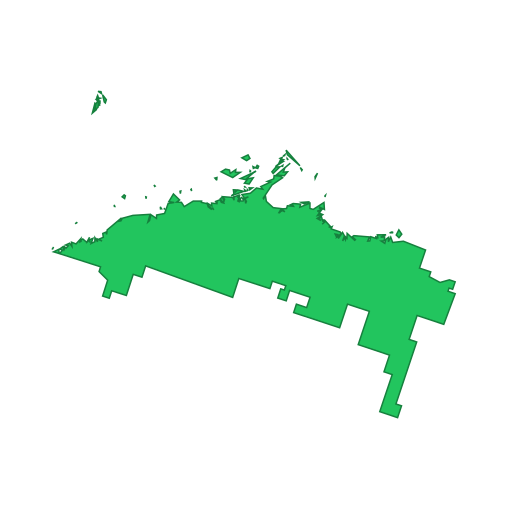 Karratha, Western Australia, Australia, rotated 18°
{"feature_id": "25037944B65347816419811", "entity_name": "Karratha", "entity_type": "district", "adm_level": 2, "iso_a3": "AUS", "parent_name": "Australia", "parent_adm1": "Western Australia", "projection": "orthographic", "projection_center": [116.53, -21.039], "detail": "fine", "context": "isolated", "style": "filled", "palette": "green", "viewbox_px": 512, "rotation_deg": 18, "n_neighbors": 0, "source": "geoboundaries", "source_scale": "gbopen_adm2", "svg_char_len": 6110}
<svg xmlns="http://www.w3.org/2000/svg" viewBox="0 0 512 512"><g transform="rotate(18 256 256)"><path d="M434.8,353.5L435.4,288.1L427.4,288.0L427.6,262.8L455.7,263.0L457.1,230.3L449.5,230.2L449.5,226.9L453.3,226.9L453.4,219.0L447.3,218.9L439.2,224.3L427.1,222.1L427.1,217.1L415.2,217.0L415.4,197.9L391.6,196.4L381.8,200.9L378.3,196.4L377.5,201.6L376.3,197.3L374.4,199.9L374.6,204.2L370.5,203.1L373.2,202.0L372.5,198.2L368.7,199.6L373.1,195.6L364.8,198.4L366.1,200.8L364.0,200.7L364.3,201.7L365.5,201.6L365.5,202.2L359.2,202.2L359.6,206.5L357.6,207.3L358.0,202.8L342.8,206.4L341.6,207.9L345.5,209.7L345.0,210.6L335.7,206.3L337.0,211.0L334.7,209.8L334.3,211.1L336.0,210.8L336.1,212.8L334.9,211.2L333.7,214.9L333.9,209.5L331.0,206.8L328.9,214.0L328.9,211.5L327.1,213.2L327.5,210.7L326.3,212.6L324.5,210.7L327.3,210.3L328.5,210.9L330.1,208.3L328.6,207.1L319.1,207.0L319.3,204.6L318.2,205.7L316.1,205.9L318.2,205.2L310.1,200.6L308.4,201.0L311.0,202.2L309.1,205.3L310.7,202.4L308.8,202.3L305.9,198.2L304.5,201.0L306.7,202.3L302.5,201.4L306.7,196.0L303.0,195.6L304.3,197.0L301.9,198.5L303.9,192.5L302.7,193.6L300.3,194.5L303.9,191.7L301.5,190.9L301.6,189.9L306.7,190.6L304.1,184.1L296.0,194.0L292.6,194.1L291.0,189.1L282.6,196.1L282.4,192.9L275.1,194.6L273.2,196.4L275.3,196.2L276.4,197.2L270.3,198.5L270.4,201.4L265.9,203.3L269.8,205.1L266.0,204.4L266.6,206.1L266.1,205.3L265.0,207.6L264.4,207.7L265.5,203.1L257.4,204.7L249.0,200.9L246.4,195.9L245.5,199.2L245.0,198.7L249.3,183.4L257.1,173.4L254.4,172.7L248.4,173.9L249.0,177.2L243.8,181.5L247.0,181.2L239.1,188.5L241.8,190.4L235.4,191.2L231.3,198.0L223.6,201.9L227.2,204.6L230.5,202.0L227.1,205.6L228.2,205.4L230.0,207.0L229.9,209.2L228.1,205.5L227.2,205.9L223.5,204.6L226.7,206.2L226.7,207.7L224.2,208.5L223.1,205.2L223.2,209.6L221.7,209.3L221.8,202.8L220.8,206.5L220.7,203.5L217.3,206.3L216.0,206.6L216.7,206.7L218.0,209.7L215.8,207.5L205.8,209.9L208.6,211.7L208.6,213.6L205.9,210.4L204.3,212.5L204.9,213.4L205.8,213.6L207.1,214.9L207.8,214.6L208.9,215.6L206.5,215.7L204.4,213.6L200.7,216.6L201.8,217.4L202.0,216.7L202.4,216.8L202.7,218.3L197.4,219.4L198.5,222.0L193.8,220.9L195.4,223.4L196.0,223.3L197.2,223.5L199.0,225.1L199.4,224.1L200.1,223.8L201.6,225.2L200.1,224.0L199.0,225.3L195.4,224.1L193.4,221.3L187.5,221.9L187.3,220.6L179.3,223.2L172.5,231.2L168.5,228.0L163.8,229.3L166.0,226.3L158.3,222.5L156.3,231.2L161.7,230.4L156.2,233.2L155.9,243.8L148.8,247.7L149.7,251.0L143.3,249.2L143.8,255.3L142.7,257.2L142.4,249.1L126.4,255.4L117.2,261.4L116.7,264.3L114.9,265.3L116.3,261.3L106.4,277.2L107.3,281.6L105.8,279.7L103.3,281.9L105.0,285.4L101.3,288.6L105.0,289.4L99.7,288.8L100.9,291.5L97.2,288.4L98.3,292.2L95.3,295.1L95.5,289.6L92.7,291.9L94.0,294.6L92.8,292.5L91.4,294.4L91.9,289.6L90.8,295.3L86.0,293.3L84.6,294.9L85.1,296.0L84.3,296.9L84.0,293.7L81.1,300.1L76.3,299.9L78.0,303.8L74.8,301.4L71.5,304.4L74.3,304.3L73.0,307.1L70.1,306.1L71.7,307.7L71.5,309.4L69.5,306.8L67.1,310.1L70.2,310.2L68.4,314.5L111.5,314.3L111.6,319.3L122.4,324.8L122.5,341.5L129.5,341.5L129.5,333.7L144.9,333.6L144.9,311.4L154.1,311.4L154.1,299.5L246.6,302.6L246.6,282.7L279.3,282.7L279.3,274.9L293.5,275.0L293.5,279.6L289.7,279.6L289.7,289.3L298.6,289.3L298.6,278.4L320.2,278.5L320.1,289.4L309.3,289.3L309.3,298.2L357.7,298.4L357.9,273.5L380.9,273.6L380.6,308.7L413.6,309.0L413.5,326.6L422.2,326.7L421.8,365.8L440.6,366.0L440.7,353.5L434.8,353.5ZM259.9,157.1L250.4,172.5L258.1,171.0L260.0,166.2L256.0,167.8L256.3,163.1L259.9,157.1ZM209.6,188.6L215.2,181.3L210.6,182.8L210.1,180.1L205.9,185.4L204.2,182.4L200.2,182.8L196.8,186.7L209.6,188.6ZM216.7,199.3L214.0,200.0L215.8,203.8L213.9,206.4L224.4,198.3L218.2,198.8L216.2,202.1L216.7,199.3ZM228.4,176.8L217.3,187.1L222.3,186.6L228.4,176.8ZM254.5,150.0L269.9,156.6L251.9,146.0L254.5,150.0ZM382.9,192.7L386.3,194.4L387.9,190.2L383.8,187.0L382.9,192.7ZM220.1,165.1L217.2,162.3L212.2,167.0L217.6,168.2L220.1,165.1ZM56.8,160.9L55.6,160.4L56.2,170.7L59.3,165.6L57.1,167.4L56.3,167.1L56.9,161.3L57.8,166.6L59.8,163.5L58.0,155.9L56.8,160.9ZM229.2,182.5L224.5,184.9L222.5,190.3L227.2,189.7L229.2,182.5ZM245.1,171.0L246.8,172.2L251.2,163.8L247.5,165.2L245.1,171.0ZM251.5,157.6L246.8,165.0L252.9,157.5L251.5,157.6ZM68.0,314.5L66.4,310.6L62.2,314.6L65.6,314.5L68.0,314.5ZM60.4,150.2L64.1,156.4L65.4,157.0L65.4,153.6L60.4,150.2ZM285.6,191.5L290.2,187.9L282.5,191.0L285.6,191.5ZM288.9,158.2L287.6,162.3L288.3,163.9L288.9,158.2ZM110.4,241.1L113.3,242.0L113.2,239.1L111.7,238.6L110.4,241.1ZM249.7,155.9L249.2,160.0L252.3,155.9L250.2,156.3L249.7,155.9ZM228.4,193.3L229.6,195.0L231.6,192.3L228.4,193.3ZM228.4,172.3L230.6,172.2L230.8,169.8L229.1,169.4L228.4,172.3ZM151.6,240.3L149.8,238.8L150.6,240.7L151.6,240.3ZM192.8,194.6L194.8,195.8L195.1,195.6L194.6,193.4L192.8,194.6ZM57.8,147.6L54.9,148.2L58.9,149.3L57.8,147.6ZM273.3,159.7L270.8,158.2L273.1,160.6L273.3,159.7ZM59.1,154.1L56.2,154.5L55.5,156.3L56.8,156.1L59.1,154.1ZM225.5,171.9L226.4,173.5L227.9,172.2L225.5,171.9ZM224.0,176.6L224.3,178.3L224.6,176.9L224.0,176.6ZM163.7,217.9L164.8,220.0L164.4,217.4L163.7,217.9ZM250.3,156.0L250.4,154.2L248.7,155.7L250.3,156.0ZM153.9,238.6L154.6,240.2L154.4,239.4L153.9,238.6ZM106.4,252.5L105.3,251.2L106.0,252.6L106.4,252.5ZM57.0,153.9L55.8,152.3L55.6,154.0L57.0,153.9ZM224.8,196.6L225.7,197.9L226.4,197.2L224.8,196.6ZM173.5,212.8L174.7,214.1L173.8,212.4L173.5,212.8ZM59.6,156.2L59.5,159.6L60.4,159.1L59.6,156.2ZM375.9,192.7L378.7,191.7L378.6,191.2L377.9,191.1L375.9,192.7ZM133.7,235.5L133.5,233.8L132.9,233.8L133.7,235.5ZM60.7,160.7L59.5,160.2L60.3,161.2L60.7,160.7ZM303.0,177.4L303.4,178.6L303.3,176.8L303.0,177.4ZM60.7,310.0L60.2,312.1L60.4,312.1L60.7,310.0ZM227.3,195.5L227.6,196.4L228.0,195.9L227.3,195.5ZM250.9,152.7L252.2,151.6L252.2,150.7L250.9,152.7ZM252.6,162.6L253.6,162.5L253.5,161.5L252.6,162.6ZM255.5,154.0L257.0,154.7L255.4,153.6L255.5,154.0ZM56.5,157.0L57.5,157.4L56.9,156.3L56.5,157.0ZM228.9,176.6L229.7,175.1L228.4,176.5L228.9,176.6ZM74.0,281.2L75.3,279.8L75.5,279.1L74.0,281.2ZM137.0,220.0L138.2,221.1L138.5,220.7L137.0,220.0ZM223.2,193.2L224.1,193.9L224.4,193.8L223.2,193.2Z" fill="#22c55e" stroke="#15803d" stroke-width="1.5"/></g></svg>